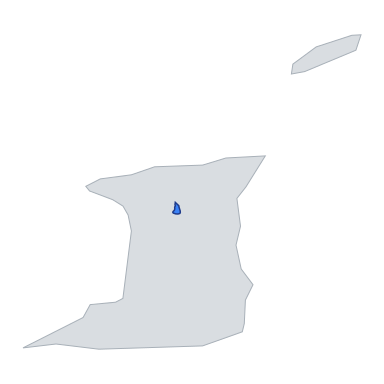 where Arima sits in Trinidad and Tobago
{"feature_id": "TTO-53", "entity_name": "Arima", "entity_type": "City", "adm_level": 1, "iso_a3": "TTO", "parent_name": "Trinidad and Tobago", "parent_adm1": "", "projection": "orthographic", "projection_center": [-61.284, 10.631], "detail": "fine", "context": "in_parent", "style": "filled", "palette": "blue", "viewbox_px": 384, "rotation_deg": 0, "n_neighbors": 0, "source": "natural_earth", "source_scale": "10m", "svg_char_len": 972}
<svg xmlns="http://www.w3.org/2000/svg" viewBox="0 0 384 384"><path d="M242.3,331.8L202.6,345.9L98.9,349.2L56.0,344.0L23.0,347.9L83.1,317.5L90.2,304.6L115.6,302.2L122.9,298.4L131.4,231.0L128.1,215.0L123.0,206.1L112.7,199.7L89.6,191.0L85.8,186.3L100.3,178.9L131.4,174.8L154.6,166.8L202.6,165.1L225.9,158.0L265.3,155.9L246.0,186.8L236.9,198.4L240.5,226.2L236.0,245.1L241.2,269.0L253.0,284.7L245.4,300.1L244.3,323.5L242.3,331.8ZM304.6,71.6L291.4,74.0L292.9,64.1L316.2,46.9L351.8,35.3L361.0,34.8L355.9,50.2L304.6,71.6Z" fill="#d9dde1" stroke="#a8b0b8" stroke-width="1"/><path d="M175.3,202.4L178.8,205.7L179.1,207.4L180.2,210.9L180.3,212.4L179.9,213.4L179.1,213.7L178.0,214.0L175.8,213.9L173.6,213.2L173.0,212.8L172.8,212.3L172.9,211.9L173.2,211.4L174.1,210.5L174.5,210.0L174.8,208.6L174.7,208.2L174.7,207.7L174.7,207.2L174.8,206.8L175.0,206.5L175.2,206.2L175.3,205.9L175.3,205.6L175.1,205.2L175.0,204.6L175.3,202.4Z" fill="#3b82f6" stroke="#1e3a8a" stroke-width="1.5"/></svg>